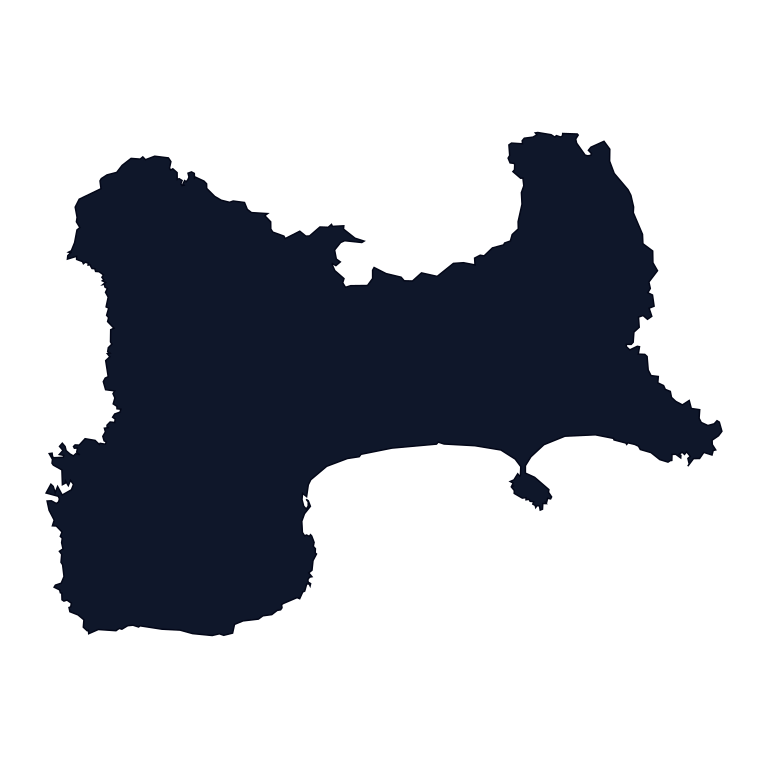 Pangandaran, Jawa Barat, Indonesia
{"feature_id": "22746128B59857718615465", "entity_name": "Pangandaran", "entity_type": "district", "adm_level": 2, "iso_a3": "IDN", "parent_name": "Indonesia", "parent_adm1": "Jawa Barat", "projection": "mercator", "projection_center": [108.519, -7.64], "detail": "fine", "context": "isolated", "style": "filled", "palette": "ink", "viewbox_px": 768, "rotation_deg": 0, "n_neighbors": 0, "source": "geoboundaries", "source_scale": "gbopen_adm2", "svg_char_len": 6026}
<svg xmlns="http://www.w3.org/2000/svg" viewBox="0 0 768 768"><path d="M214.7,196.4L206.7,188.4L206.6,183.8L204.0,181.1L195.4,177.1L194.5,178.0L194.3,173.4L191.5,171.9L188.0,173.2L189.0,177.0L187.9,179.7L186.2,181.7L184.6,180.6L182.9,184.1L184.0,185.2L181.9,185.6L180.9,183.8L182.1,180.5L179.1,178.7L177.2,179.5L177.1,172.6L172.8,168.8L170.6,170.1L169.5,168.0L170.9,161.6L168.4,157.9L154.7,156.2L145.5,159.7L142.8,156.9L140.2,159.1L131.1,158.4L122.1,165.4L116.7,172.4L107.0,174.9L101.3,178.6L100.0,180.9L101.0,188.7L79.2,199.2L75.2,207.1L77.1,217.4L76.4,221.8L79.9,227.6L77.0,229.9L74.6,242.6L71.3,250.8L68.5,252.2L70.7,252.8L67.8,255.6L67.4,259.1L76.6,256.3L76.6,259.4L82.5,261.6L83.4,263.7L85.3,262.2L88.1,263.0L88.1,265.1L89.9,264.7L92.0,268.5L94.8,268.7L95.6,271.4L99.1,271.7L103.5,274.9L101.9,277.3L103.8,279.7L102.3,280.8L105.6,282.4L102.9,284.6L104.6,284.3L104.9,287.0L107.4,288.5L105.5,292.3L108.2,297.1L106.1,306.9L108.7,308.1L106.6,315.3L108.6,317.6L107.6,321.6L114.0,328.2L110.7,329.7L110.5,341.9L111.9,344.1L108.3,347.7L107.7,351.6L109.9,353.1L107.3,353.6L109.8,356.8L105.7,360.6L108.2,376.7L105.2,378.1L103.3,381.6L105.6,389.7L114.7,390.9L113.0,393.7L114.9,397.9L113.2,403.9L116.9,406.3L117.0,408.8L120.9,409.2L120.0,412.1L114.7,414.0L112.6,417.2L115.2,419.1L114.7,422.5L110.1,422.0L107.0,425.2L107.1,427.0L109.0,427.6L104.4,428.2L105.4,431.9L102.8,436.3L104.1,440.8L106.4,442.0L105.2,444.2L100.1,443.3L99.3,444.5L95.1,440.4L85.1,438.7L79.2,445.1L75.1,444.9L73.5,446.5L74.4,448.2L77.5,448.0L76.7,452.2L79.8,454.8L75.8,453.7L73.4,455.9L70.0,454.0L66.1,450.6L65.1,446.5L62.3,443.2L59.5,446.4L63.0,450.4L59.3,454.5L63.8,455.4L63.3,457.3L54.0,457.7L52.6,456.9L52.1,453.2L49.2,453.6L52.5,459.4L52.0,463.2L53.3,465.1L61.9,469.9L62.4,484.7L65.2,483.2L65.5,481.0L68.3,485.6L70.5,480.3L73.5,484.4L71.4,489.8L62.2,495.0L57.6,486.5L55.2,492.6L53.2,486.4L50.9,484.2L46.1,493.0L58.3,496.3L59.4,498.9L58.6,501.9L56.3,503.5L51.4,500.8L47.1,501.0L49.1,510.3L54.2,520.1L52.4,525.8L56.3,526.0L62.0,532.0L60.3,536.4L62.3,538.2L61.6,542.7L63.0,548.9L59.4,551.3L61.7,554.3L61.0,562.3L62.6,564.7L64.0,576.5L61.2,583.2L55.4,585.1L54.1,587.2L59.6,589.9L60.4,592.8L61.8,593.1L62.0,599.8L63.9,601.1L67.0,600.1L71.4,603.2L70.7,606.9L69.0,607.5L69.9,611.7L78.0,614.9L83.9,619.8L83.3,627.2L87.2,630.8L88.5,630.4L88.7,633.7L98.3,629.5L116.0,630.7L119.2,628.4L121.9,629.2L127.7,625.7L133.0,625.2L138.6,627.0L140.0,625.8L162.0,629.2L180.0,630.1L192.6,633.6L212.2,635.5L219.4,633.8L223.7,635.3L232.6,633.1L234.5,624.4L243.0,620.9L258.4,619.1L262.9,615.8L271.8,614.6L277.2,610.4L280.6,609.8L282.0,607.8L281.6,604.6L283.3,603.5L297.1,597.6L299.7,598.7L302.7,592.0L304.7,591.1L306.7,583.9L309.2,584.0L310.1,585.9L310.6,583.6L308.2,582.2L307.8,579.7L309.5,577.2L311.9,576.7L308.7,572.9L312.0,570.2L313.0,560.6L316.5,554.0L315.2,552.9L315.4,548.7L313.3,546.3L314.1,542.4L311.7,536.0L310.5,534.7L309.3,536.4L306.6,535.0L304.6,535.8L302.4,532.4L301.8,521.2L304.5,513.7L310.4,506.3L308.3,500.8L306.2,499.3L308.2,501.9L308.2,506.2L306.2,509.0L303.7,506.1L302.0,499.5L302.6,493.4L306.6,496.6L308.3,484.8L310.8,479.7L326.7,466.3L347.4,458.5L359.2,456.7L361.0,454.3L391.9,448.1L436.5,444.1L438.2,442.1L444.0,444.0L474.9,445.7L500.9,450.0L515.2,459.1L520.8,466.6L520.4,475.2L519.7,476.2L517.7,473.8L513.9,479.9L510.2,481.5L513.2,483.1L511.8,485.8L513.0,486.1L511.4,487.0L514.3,490.5L514.2,493.4L522.3,498.1L526.0,497.6L526.0,499.8L529.0,499.3L530.1,501.3L533.7,501.7L532.8,504.1L535.2,505.4L535.7,507.5L537.0,505.7L539.4,505.8L540.2,510.1L542.5,509.2L542.8,503.5L546.4,503.6L545.5,502.1L546.7,502.1L547.6,498.3L550.6,498.9L551.6,496.9L548.5,492.3L548.9,489.6L534.6,477.3L525.4,473.1L525.4,465.7L530.9,456.8L543.9,444.7L564.9,436.2L595.3,434.8L613.6,438.4L614.0,439.9L625.8,443.0L626.7,444.4L627.9,442.8L634.7,444.4L638.5,446.2L640.3,449.5L651.0,452.6L659.8,459.6L668.0,462.1L671.3,460.0L671.8,461.0L672.0,454.4L675.8,454.3L680.7,457.9L680.9,455.4L679.2,454.2L682.2,452.2L684.5,454.4L686.6,451.8L690.3,456.4L687.9,458.4L689.2,464.0L687.8,466.2L693.5,458.6L699.6,458.5L703.8,452.4L712.0,455.0L713.2,450.5L715.7,449.9L712.3,444.6L712.1,440.2L718.5,435.8L721.9,431.3L719.3,422.1L717.0,420.7L714.2,423.8L707.9,425.5L701.3,422.5L699.1,418.3L699.7,409.7L691.3,408.5L689.2,400.5L682.4,404.9L675.8,401.4L671.5,397.4L670.3,391.4L665.3,389.4L663.6,385.6L657.8,382.8L658.3,376.5L651.0,375.6L648.2,370.0L647.1,356.5L644.8,354.4L638.3,354.1L639.5,346.7L637.3,346.3L629.8,349.9L626.4,346.7L626.3,344.3L631.2,344.4L633.2,342.2L633.9,332.1L639.2,327.3L638.5,317.1L643.1,315.5L647.5,319.3L651.8,316.3L649.1,308.2L654.1,306.2L652.5,295.0L647.8,292.7L650.3,288.5L648.9,282.0L657.5,270.7L652.9,262.7L652.7,251.0L642.9,243.7L642.5,234.3L633.3,212.7L633.6,207.0L630.9,195.3L628.0,189.7L614.2,173.4L609.6,161.1L609.8,149.2L604.0,141.3L590.9,147.2L588.4,150.3L591.5,153.6L590.8,155.3L587.7,155.8L585.1,155.1L576.6,143.1L575.7,139.0L578.2,135.1L577.3,134.0L562.7,133.5L562.5,135.9L560.6,137.0L556.4,135.6L554.8,137.1L551.1,134.7L537.8,132.5L535.3,132.9L536.9,134.8L533.0,137.1L524.3,138.2L522.2,140.7L522.5,143.8L511.5,143.1L508.9,144.9L509.7,155.5L508.1,158.1L510.1,162.9L514.2,163.4L514.7,164.8L514.5,169.8L512.9,171.6L520.6,178.2L522.9,178.1L523.8,185.8L521.4,192.6L522.0,204.2L518.1,221.7L518.3,228.9L512.2,234.5L510.4,241.0L504.6,243.0L503.6,244.9L492.4,247.9L484.1,255.9L480.2,255.2L474.6,258.1L475.0,264.9L463.5,262.7L453.4,263.4L437.2,276.4L421.5,272.9L412.5,281.0L404.2,280.8L401.1,277.2L386.1,273.6L374.1,267.5L372.6,270.2L372.6,278.5L367.5,285.5L350.7,285.7L345.5,287.3L342.7,282.8L344.0,278.6L334.8,270.6L332.2,264.7L332.4,263.6L335.9,265.6L340.3,261.9L336.3,259.0L334.6,250.0L340.6,242.5L344.7,240.7L361.8,242.5L364.1,241.1L355.0,238.2L343.5,229.1L343.8,225.8L332.4,226.4L331.5,224.4L328.2,227.3L319.9,227.0L309.5,236.0L305.8,236.1L299.8,231.2L285.2,238.6L283.9,236.1L272.8,232.1L270.8,229.0L270.7,221.8L264.8,215.7L267.6,213.6L251.5,212.6L247.3,209.4L244.5,202.5L233.2,201.0L229.6,202.3L221.2,200.2L214.7,196.4Z" fill="#0f172a" stroke="#020617" stroke-width="1.5"/></svg>